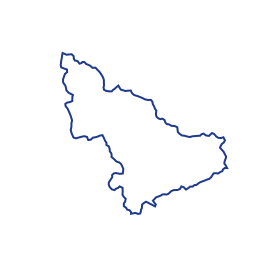 Palma, Minas Gerais, Brazil, rotated 134°
{"feature_id": "56859067B72976331537795", "entity_name": "Palma", "entity_type": "district", "adm_level": 2, "iso_a3": "BRA", "parent_name": "Brazil", "parent_adm1": "Minas Gerais", "projection": "natural_earth1", "projection_center": [-42.328, -21.44], "detail": "fine", "context": "isolated", "style": "outline", "palette": "blue", "viewbox_px": 256, "rotation_deg": 134, "n_neighbors": 0, "source": "geoboundaries", "source_scale": "gbopen_adm2", "svg_char_len": 2989}
<svg xmlns="http://www.w3.org/2000/svg" viewBox="0 0 256 256"><g transform="rotate(134 128 128)"><path d="M108.2,34.2L105.5,34.0L103.3,34.5L101.2,34.9L99.5,33.5L98.3,31.7L95.2,30.9L93.4,30.2L91.7,30.9L89.5,30.6L88.0,28.9L87.0,31.7L86.6,34.1L84.4,35.6L81.9,36.6L80.4,37.6L79.5,40.3L78.7,42.7L78.5,44.9L78.3,48.1L76.1,49.0L74.0,49.4L72.0,49.0L69.5,49.7L68.4,52.9L70.6,54.1L72.3,56.1L72.8,58.5L72.5,62.0L73.3,64.1L75.3,64.2L77.5,64.3L79.2,66.8L79.6,69.8L81.6,70.8L83.5,70.8L85.4,72.6L87.4,74.3L89.2,75.9L91.5,77.2L93.0,79.5L94.2,81.8L95.9,84.0L96.4,87.3L96.2,89.4L94.9,91.0L93.2,93.1L94.2,95.9L96.2,98.2L97.0,101.2L98.2,102.7L98.1,105.0L96.9,107.3L97.4,109.7L99.1,110.9L100.0,112.8L100.1,115.2L99.1,117.0L97.5,118.5L95.8,119.7L95.4,122.1L94.4,124.0L93.6,126.7L92.1,128.8L91.9,131.1L94.0,133.1L95.7,135.9L96.3,138.2L97.3,140.7L98.3,143.1L99.2,144.8L100.1,146.8L100.1,149.5L99.1,152.0L101.0,153.8L103.2,155.6L104.3,157.7L105.4,159.9L104.8,162.3L104.2,164.4L106.9,164.7L109.0,164.8L110.8,165.2L112.9,165.2L114.6,166.8L116.4,169.4L117.2,171.7L115.8,173.8L113.8,175.0L112.6,176.4L110.8,178.1L109.6,179.7L108.7,182.0L108.1,184.2L107.4,187.7L107.4,190.3L107.2,193.3L109.4,195.4L109.4,198.2L110.2,200.6L111.0,202.5L110.8,205.2L112.1,206.6L113.8,206.6L115.4,207.6L114.9,210.9L116.4,213.1L115.7,215.1L114.1,217.0L114.1,219.8L115.8,221.3L118.0,223.1L118.7,225.2L119.5,227.1L121.7,225.7L123.1,224.7L124.8,223.5L126.4,222.5L128.0,221.2L129.5,220.1L130.8,218.2L129.6,215.3L128.3,212.5L130.1,210.6L133.0,210.9L135.8,209.6L138.0,208.6L140.1,206.6L140.7,204.7L141.0,202.6L142.1,200.7L143.7,198.4L143.9,195.4L142.5,190.5L144.3,189.6L145.7,188.3L147.3,186.8L149.6,187.7L152.1,189.5L154.3,189.8L155.7,187.9L156.0,185.0L157.5,181.3L158.8,178.2L160.0,176.0L161.3,173.6L164.1,171.8L166.4,169.6L169.3,167.7L170.7,165.4L171.7,163.1L172.7,160.7L171.6,158.3L166.5,155.3L164.3,153.8L162.9,151.3L164.3,148.3L162.4,146.7L159.5,146.6L157.1,144.9L155.0,143.7L153.3,143.1L150.9,141.4L152.0,138.2L153.1,135.7L153.6,133.2L155.2,131.8L154.6,129.0L155.9,126.5L157.5,124.8L157.7,122.6L158.8,121.0L160.3,119.7L160.1,117.6L160.1,112.7L158.8,110.3L158.8,107.8L159.5,105.7L160.7,102.9L164.4,100.1L166.7,102.1L168.9,105.6L170.7,106.7L173.0,106.7L174.3,105.2L180.4,104.0L182.0,102.7L183.1,100.4L183.4,97.1L182.0,94.5L180.1,94.5L178.0,93.5L175.8,93.5L174.8,90.3L177.8,87.3L179.9,85.5L180.5,83.4L180.5,80.5L183.2,78.8L185.1,78.6L187.1,76.7L186.7,73.9L187.3,71.9L186.1,69.9L186.3,67.7L187.6,66.2L184.0,63.8L182.7,60.9L181.1,59.9L179.3,60.6L177.8,61.9L176.1,62.3L174.7,63.5L173.2,64.7L170.7,64.4L168.5,63.8L167.8,61.9L167.4,59.9L166.7,58.0L165.6,54.1L163.7,54.8L163.4,57.5L162.9,59.6L160.9,59.6L158.1,59.6L155.9,58.4L153.8,57.5L151.8,57.0L150.3,55.6L149.0,54.0L147.3,53.2L145.1,53.1L143.1,53.0L140.7,51.8L138.2,49.3L135.8,48.3L132.9,49.0L131.9,46.7L132.0,43.5L129.4,42.9L127.0,42.6L125.3,40.8L123.0,40.6L121.4,39.2L118.7,38.9L116.6,38.3L114.8,37.4L112.7,36.4L110.3,35.4L108.2,34.2Z" fill="none" stroke="#1e3a8a" stroke-width="2"/></g></svg>